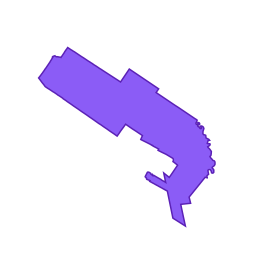 Storobaneasa, Teleorman, Romania, rotated 214°
{"feature_id": "2599482B47254349291788", "entity_name": "Storobaneasa", "entity_type": "district", "adm_level": 2, "iso_a3": "ROU", "parent_name": "Romania", "parent_adm1": "Teleorman", "projection": "robinson", "projection_center": [25.498, 43.896], "detail": "fine", "context": "isolated", "style": "filled", "palette": "violet", "viewbox_px": 256, "rotation_deg": 214, "n_neighbors": 0, "source": "geoboundaries", "source_scale": "gbopen_adm2", "svg_char_len": 5213}
<svg xmlns="http://www.w3.org/2000/svg" viewBox="0 0 256 256"><g transform="rotate(214 128 128)"><path d="M223.0,161.0L223.0,160.9L223.0,160.2L223.0,158.9L223.1,158.2L223.1,156.8L223.1,155.8L223.0,154.6L223.0,153.8L223.0,153.4L223.0,152.8L223.0,152.6L223.0,151.9L223.0,150.3L223.1,149.6L223.0,149.0L223.4,148.9L223.6,148.9L223.9,148.8L224.2,148.6L224.7,148.3L225.3,148.1L225.8,147.9L226.0,147.8L226.4,147.6L226.6,147.5L226.7,147.3L226.9,147.2L227.1,147.1L227.4,147.0L227.7,146.9L227.8,146.9L228.0,146.9L228.3,146.9L228.5,146.9L228.8,146.9L229.0,147.0L229.4,146.5L229.7,146.1L230.1,145.7L230.3,145.0L230.4,144.8L230.4,144.7L230.3,144.4L230.1,144.3L229.9,144.4L229.8,143.3L229.8,142.5L229.7,141.5L229.7,140.8L229.7,139.9L229.6,139.3L229.6,138.9L229.6,138.4L229.6,137.4L229.6,136.4L229.6,134.9L229.6,133.8L229.6,133.1L229.6,132.1L229.6,131.6L229.7,130.6L229.7,129.9L229.7,129.4L229.6,129.2L229.6,128.8L229.7,128.1L229.7,127.1L229.7,125.6L229.8,124.6L229.8,123.7L229.9,122.4L229.9,121.7L230.0,120.6L230.1,119.5L229.5,119.3L227.4,118.6L226.3,118.2L224.6,117.6L222.6,117.0L221.1,116.5L220.1,116.1L219.6,116.0L218.7,116.0L217.5,116.0L216.4,116.0L214.9,116.1L214.0,116.1L212.6,116.1L211.6,116.1L210.4,116.1L209.5,116.2L208.5,116.2L207.6,116.2L206.0,116.2L204.5,116.1L203.9,116.1L203.7,116.2L202.8,116.2L202.4,116.2L201.6,116.2L200.8,116.2L199.6,116.2L198.8,116.2L198.5,116.1L198.3,116.1L198.2,116.0L197.3,116.0L194.3,116.0L193.2,115.9L191.4,115.9L190.1,115.9L188.1,115.9L185.0,115.8L181.9,115.8L181.0,115.8L180.0,115.8L176.0,115.7L172.8,115.7L170.0,115.7L165.8,115.6L163.2,115.6L158.7,115.5L154.9,115.4L152.1,115.5L149.1,115.4L144.5,115.4L141.4,115.3L138.5,115.3L136.4,115.3L132.5,115.2L132.4,118.5L132.4,121.6L132.2,126.1L132.1,129.8L123.8,129.7L119.5,129.8L114.8,129.8L111.8,129.8L111.0,125.6L110.8,125.6L104.1,126.5L98.4,127.2L98.5,127.0L96.5,127.1L93.1,127.5L90.8,127.7L90.6,126.3L87.1,126.7L86.4,126.8L85.0,127.0L83.0,127.3L81.6,127.5L79.7,127.6L76.1,127.8L73.7,127.9L73.3,127.7L72.5,126.9L72.2,126.2L71.9,125.6L71.9,125.3L70.8,125.3L68.5,125.1L66.6,125.0L66.1,124.9L66.1,113.8L66.2,110.1L67.2,110.2L68.4,110.3L71.1,110.5L73.2,110.7L71.7,109.2L70.3,107.8L69.0,106.6L67.8,105.3L66.4,104.0L67.1,104.0L68.8,103.8L71.3,103.6L71.8,103.8L72.6,103.7L74.7,103.5L77.5,103.3L79.5,103.2L79.8,103.2L80.0,102.9L80.1,102.7L80.3,102.5L80.6,102.4L80.8,102.3L81.0,102.4L81.1,102.7L81.1,103.0L81.4,103.1L81.9,103.2L81.9,102.8L82.2,102.8L82.2,102.5L83.1,102.5L83.3,102.6L83.7,102.9L83.9,103.1L84.6,103.1L85.6,103.1L86.5,102.8L86.7,102.7L86.9,102.6L87.0,102.3L87.2,101.9L87.1,101.6L86.8,99.2L86.6,97.4L86.5,97.2L86.4,97.1L85.4,97.0L84.3,96.5L84.2,96.4L84.2,96.2L83.9,96.0L83.7,96.0L83.3,96.0L82.7,96.2L80.8,96.6L80.3,96.7L80.2,95.9L60.1,97.7L40.4,78.4L39.1,78.4L25.6,78.8L32.4,85.3L41.6,94.2L34.0,100.6L38.7,104.9L36.5,130.3L34.5,131.0L34.7,131.4L35.2,131.7L35.6,132.1L35.8,132.7L35.7,133.3L35.5,134.1L35.3,134.7L36.7,136.1L37.8,137.3L38.1,137.7L37.8,138.6L37.1,139.2L36.4,139.4L35.6,139.2L34.5,138.4L33.7,137.6L33.3,137.6L32.6,137.9L32.3,138.2L32.1,139.2L33.4,141.2L34.6,141.7L35.5,141.8L36.0,142.2L36.2,142.5L36.0,143.4L35.6,144.3L35.4,145.3L35.6,146.6L36.7,148.2L37.4,148.8L38.3,149.0L39.6,148.6L40.8,149.1L42.3,149.4L43.5,149.8L44.2,150.3L43.9,151.2L44.0,151.9L44.8,153.5L45.8,155.2L47.1,155.7L48.8,156.3L50.0,156.5L50.8,156.6L51.5,157.1L51.0,157.9L50.6,159.2L50.5,159.8L50.9,160.5L51.3,160.7L52.2,160.1L53.1,159.7L53.7,159.6L54.6,162.4L53.5,163.4L54.1,163.6L54.7,163.8L56.1,163.6L56.6,163.5L57.7,163.4L58.5,164.2L59.0,164.9L59.5,165.4L60.3,165.3L61.4,164.8L62.7,165.1L64.0,167.3L64.5,169.1L64.8,170.0L65.9,170.8L66.6,171.0L66.8,171.0L67.0,171.0L67.4,171.0L67.6,170.9L68.0,170.8L68.3,170.7L68.6,170.5L68.7,170.3L68.8,170.2L68.7,170.0L68.6,169.9L68.3,169.8L67.9,169.7L67.4,169.4L67.2,169.1L67.0,168.9L67.0,168.7L67.1,168.4L67.3,168.2L67.6,168.0L67.8,167.9L68.0,167.9L68.2,168.0L68.4,168.1L68.7,168.2L68.8,168.3L68.9,168.5L69.0,168.6L69.3,168.7L69.6,168.7L69.8,168.7L70.0,168.6L70.1,168.4L70.3,168.4L70.6,168.4L70.8,168.4L71.1,168.5L71.3,168.6L71.5,168.9L71.6,169.0L71.5,169.6L71.4,169.8L71.1,170.1L70.7,170.5L70.6,170.9L70.6,171.0L70.8,171.3L71.0,171.6L71.1,171.8L71.3,171.9L71.5,171.9L71.8,172.0L72.0,172.1L72.4,172.0L72.6,171.9L72.8,171.7L73.0,171.4L72.9,171.2L72.7,171.0L72.4,170.7L72.3,170.3L72.4,170.1L72.5,170.0L72.5,169.8L72.6,169.7L72.8,169.6L73.2,169.4L73.3,169.3L73.6,169.4L73.8,169.5L74.2,169.9L74.4,170.0L74.5,170.5L74.5,171.1L74.5,171.5L74.7,172.1L74.8,172.2L74.8,172.4L74.8,172.6L74.9,172.8L75.1,173.1L75.5,173.3L77.6,173.2L81.4,173.2L84.6,173.2L88.4,173.2L93.7,173.2L97.3,173.2L101.8,173.1L106.4,173.1L110.6,173.1L114.3,173.1L119.4,173.1L122.5,173.1L124.5,173.1L124.5,177.6L139.0,177.6L159.9,177.6L159.9,162.0L181.0,161.6L181.3,161.6L181.8,161.6L183.0,161.6L184.5,161.5L185.7,161.5L186.6,161.5L187.5,161.5L188.6,161.5L189.7,161.5L190.7,161.4L191.9,161.4L192.8,161.4L193.1,161.4L193.2,161.5L194.8,161.4L196.6,161.4L198.5,161.3L200.7,161.3L203.9,161.3L206.5,161.2L208.3,161.2L209.5,161.2L209.9,161.2L210.2,161.2L210.3,161.2L211.3,161.2L212.6,161.2L213.9,161.2L214.7,161.2L215.0,161.2L216.3,161.1L217.6,161.1L219.1,161.0L220.6,161.0L221.8,161.0L223.0,161.0Z" fill="#8b5cf6" stroke="#5b21b6" stroke-width="1.5"/></g></svg>